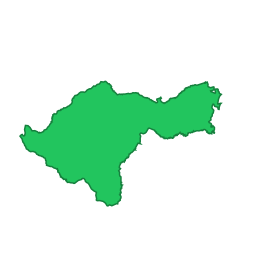 Tuluá, Valle del Cauca, Colombia (Albers equal-area conic projection), rotated 147°
{"feature_id": "7082276B54316712133185", "entity_name": "Tuluá", "entity_type": "district", "adm_level": 2, "iso_a3": "COL", "parent_name": "Colombia", "parent_adm1": "Valle del Cauca", "projection": "albers", "projection_center": [-76.017, 4.037], "detail": "fine", "context": "isolated", "style": "filled", "palette": "green", "viewbox_px": 256, "rotation_deg": 147, "n_neighbors": 0, "source": "geoboundaries", "source_scale": "gbopen_adm2", "svg_char_len": 5806}
<svg xmlns="http://www.w3.org/2000/svg" viewBox="0 0 256 256"><g transform="rotate(147 128 128)"><path d="M58.0,77.0L58.1,78.4L56.3,79.7L55.2,81.4L55.6,83.7L57.1,83.0L57.8,83.8L56.3,85.3L55.9,86.1L56.0,86.8L57.0,88.3L56.8,89.3L54.0,89.6L53.0,91.6L50.9,92.2L49.7,93.8L48.3,94.2L46.4,96.2L46.7,98.5L46.5,99.4L45.1,100.9L43.8,101.7L43.2,101.3L43.5,99.0L41.5,96.7L42.1,94.5L41.5,94.0L39.9,96.0L37.6,97.8L36.5,98.0L37.0,98.4L39.5,99.0L39.5,99.6L36.7,102.6L35.1,103.9L33.7,104.8L31.4,105.4L32.5,107.1L32.0,108.8L32.2,109.9L31.4,111.3L31.8,112.1L34.3,113.4L34.8,111.0L35.4,110.0L36.1,109.7L38.7,113.4L38.5,114.2L36.6,113.4L35.1,113.4L33.6,115.4L34.0,116.0L36.8,116.8L38.3,119.0L38.2,119.7L37.1,121.0L36.6,123.4L37.9,123.6L37.9,124.3L39.2,124.3L39.3,123.8L40.2,124.5L47.0,126.3L48.0,127.6L48.8,127.9L49.6,127.8L50.4,128.5L50.8,128.3L52.2,129.3L53.0,129.2L53.7,128.6L54.6,129.0L54.8,129.4L56.4,129.4L56.4,129.7L57.9,130.1L58.1,129.6L59.5,129.8L60.2,128.7L62.8,129.3L62.9,128.9L64.6,128.9L64.9,128.4L66.2,128.9L66.9,128.3L69.7,127.4L72.1,127.3L71.9,127.8L76.0,129.3L76.0,129.6L76.4,129.7L77.7,129.5L78.0,128.8L78.7,128.6L80.6,128.9L81.1,128.6L81.6,128.9L83.2,128.7L83.9,129.4L84.4,129.1L85.7,131.6L85.8,133.5L84.7,134.9L83.9,134.8L83.8,135.9L84.8,135.7L88.1,136.5L88.6,135.7L88.6,134.5L89.2,133.6L89.6,133.4L90.9,133.9L91.2,135.2L92.2,136.2L92.5,137.6L93.2,137.9L93.2,139.0L94.1,139.7L94.3,141.4L95.1,142.1L95.3,142.8L95.9,142.9L96.3,143.7L97.1,144.0L98.2,145.5L98.9,147.8L99.9,148.6L100.6,150.2L100.4,151.6L101.2,152.0L101.3,152.5L101.9,152.8L102.1,153.3L103.8,154.1L104.6,154.9L106.2,155.0L108.4,156.1L108.8,156.8L112.1,158.1L113.7,159.2L114.6,159.1L114.8,159.8L115.8,160.0L116.3,160.9L118.9,161.7L119.4,165.0L120.0,165.9L119.6,166.7L120.3,167.1L120.4,168.1L119.9,169.0L120.3,170.2L120.2,171.2L119.3,171.5L119.2,173.5L119.7,174.3L119.6,175.2L120.5,175.8L121.3,179.2L121.8,179.6L123.4,179.8L125.5,181.6L127.9,180.5L130.2,181.3L132.7,180.8L133.8,181.9L137.5,181.1L139.2,181.9L141.7,182.1L143.6,181.5L145.3,181.7L145.9,182.6L148.1,183.9L150.1,183.8L151.1,183.4L152.4,183.5L152.8,183.2L154.7,184.1L156.4,183.5L157.2,182.7L157.8,183.0L158.1,182.7L158.7,182.7L160.0,181.6L160.1,180.8L161.2,179.6L163.0,178.9L163.8,179.0L164.9,178.6L167.3,179.0L168.0,178.7L169.9,179.1L170.9,179.9L172.1,179.5L174.2,180.1L174.3,179.6L174.9,179.4L176.4,180.3L178.2,180.5L179.2,179.4L180.5,178.9L182.1,179.8L182.2,180.2L183.3,179.8L183.8,180.0L184.8,178.6L185.7,178.5L185.8,177.6L186.5,177.6L186.9,176.9L186.8,176.4L188.1,175.1L189.0,175.0L188.8,174.6L189.2,174.7L189.9,174.0L191.3,173.7L193.0,172.7L194.9,172.4L197.0,171.3L199.4,171.9L200.8,171.1L203.4,171.4L204.3,171.9L204.5,172.4L205.0,172.2L205.5,172.5L206.1,174.3L207.6,176.5L210.0,177.9L209.9,181.8L210.6,184.4L212.6,186.0L215.6,183.0L216.9,179.8L218.8,178.0L219.4,178.0L220.1,178.4L220.2,180.2L221.1,180.4L223.0,180.0L222.8,176.5L223.8,173.5L223.6,171.4L224.2,169.5L223.9,168.5L224.6,165.8L223.6,164.2L223.7,163.4L222.7,161.3L220.4,160.1L218.8,157.9L218.8,155.7L217.8,154.4L218.0,153.9L216.0,151.7L215.7,150.9L215.1,150.7L214.8,149.0L213.9,147.7L214.7,145.7L214.5,145.1L216.0,143.0L216.0,141.9L216.6,141.1L214.2,138.1L212.8,137.1L211.8,134.7L210.7,133.6L210.3,132.5L209.4,132.3L210.1,130.6L209.8,130.4L210.8,129.4L210.1,127.6L210.7,125.4L210.5,125.1L210.9,124.5L210.6,124.0L211.1,123.6L210.6,123.2L210.8,122.9L210.4,122.1L210.0,121.8L210.3,121.1L209.7,120.5L209.9,119.9L208.7,119.4L208.6,118.7L207.7,118.4L208.0,117.8L208.6,118.0L208.8,117.7L208.4,116.3L208.5,115.4L206.7,114.4L206.3,113.6L204.2,112.0L203.5,111.0L202.8,110.7L198.2,111.1L194.8,110.1L194.3,110.6L193.6,110.5L192.5,109.6L192.3,107.9L192.8,106.3L192.2,104.5L191.6,103.7L191.4,101.9L191.9,96.9L190.9,93.9L189.5,91.3L191.6,89.1L192.8,85.8L193.8,84.9L193.5,83.9L191.2,82.5L188.8,80.0L187.8,77.2L187.9,74.3L187.3,73.6L185.3,73.6L183.9,71.6L178.8,70.8L178.0,70.0L176.6,71.5L173.9,71.6L173.5,72.4L172.2,73.1L171.4,74.0L171.1,75.1L171.3,76.4L170.8,76.3L170.0,77.7L169.1,77.4L168.1,80.2L167.1,80.6L167.0,81.3L165.9,81.1L165.7,81.9L164.9,82.5L165.0,83.1L164.1,83.2L164.6,83.6L164.1,84.1L164.6,84.5L163.8,85.8L163.0,86.0L163.3,86.6L160.8,90.4L160.5,91.2L161.0,92.2L160.3,93.9L159.2,95.3L159.1,97.2L156.4,98.0L156.9,99.5L155.7,100.9L153.9,101.9L153.5,102.7L152.2,102.3L151.1,102.8L150.9,102.3L149.9,102.1L149.7,101.6L148.8,102.6L148.1,102.1L147.6,102.9L146.7,103.4L145.5,103.3L144.7,104.0L144.4,103.9L144.3,103.2L143.9,103.1L143.0,103.6L141.2,105.5L140.4,105.1L139.4,105.6L138.0,105.4L135.1,106.0L134.7,106.5L133.7,105.6L133.7,106.4L133.3,106.9L132.6,106.8L132.4,107.4L127.9,109.8L126.2,108.1L126.4,109.0L125.3,109.7L123.4,112.7L121.8,114.3L121.6,116.3L120.4,116.8L119.8,116.7L118.3,114.8L116.5,114.4L115.0,114.6L111.1,116.6L110.3,116.4L106.9,111.6L107.2,111.0L106.7,110.0L106.9,109.6L106.5,108.9L106.9,108.6L106.8,108.1L105.8,105.7L105.7,104.7L105.2,104.5L105.1,103.8L105.4,103.6L105.1,103.0L105.3,102.8L103.7,101.4L103.8,100.9L103.0,100.6L103.5,99.6L102.5,98.8L101.7,98.8L100.6,97.3L99.3,97.6L98.7,96.8L98.1,97.3L97.4,97.0L97.6,96.4L96.4,96.0L96.5,95.3L96.0,95.0L94.3,95.4L94.0,96.2L92.9,96.2L92.5,95.8L92.2,96.3L91.3,96.3L91.5,95.4L90.7,95.0L90.0,95.8L89.2,95.3L86.8,95.9L87.0,95.2L86.5,94.6L86.7,94.0L86.2,94.1L86.1,93.6L85.4,93.6L85.3,93.1L85.0,93.1L85.0,92.6L85.7,92.1L85.5,91.0L85.0,90.8L84.8,91.5L84.1,91.9L84.5,91.5L83.9,91.4L84.4,90.5L84.2,89.7L82.1,89.5L82.1,89.9L80.7,90.4L80.6,91.0L79.2,90.8L78.2,89.8L77.1,89.9L76.5,89.2L75.5,89.2L75.3,89.5L75.0,89.2L74.6,89.6L74.5,88.9L71.7,88.2L70.0,86.9L67.4,86.1L67.4,85.6L66.7,85.2L65.8,85.6L65.5,85.2L64.9,85.3L64.0,84.3L63.9,82.6L63.3,82.3L63.3,81.8L64.0,81.4L63.6,81.0L63.6,80.0L63.0,79.8L63.2,79.5L63.0,79.0L62.0,78.7L60.9,77.5L59.7,79.1L58.9,79.2L59.2,78.6L58.4,78.0L58.8,77.8L58.9,77.2L58.4,76.7L58.0,77.0Z" fill="#22c55e" stroke="#15803d" stroke-width="1.5"/></g></svg>